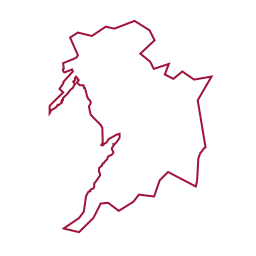 Zangiata, Tashkent, Uzbekistan (Robinson projection), rotated 184°
{"feature_id": "79887680B90536772878840", "entity_name": "Zangiata", "entity_type": "district", "adm_level": 2, "iso_a3": "UZB", "parent_name": "Uzbekistan", "parent_adm1": "Tashkent", "projection": "robinson", "projection_center": [69.123, 41.226], "detail": "fine", "context": "isolated", "style": "outline", "palette": "rose", "viewbox_px": 256, "rotation_deg": 184, "n_neighbors": 0, "source": "geoboundaries", "source_scale": "gbopen_adm2", "svg_char_len": 1922}
<svg xmlns="http://www.w3.org/2000/svg" viewBox="0 0 256 256"><g transform="rotate(184 128 128)"><path d="M174.7,164.9L173.9,164.9L172.6,161.7L171.1,156.9L169.8,154.5L167.9,152.8L167.1,151.4L166.9,150.2L168.1,147.6L168.5,146.6L166.2,138.7L164.0,136.6L155.3,129.0L154.7,128.0L153.6,126.3L152.2,111.7L153.4,109.2L152.2,108.8L150.4,110.8L148.6,111.9L146.5,115.6L138.8,120.6L136.0,121.6L135.7,117.7L138.0,113.7L140.4,110.6L141.4,110.9L141.2,109.4L142.5,107.2L142.7,105.9L141.0,103.1L140.9,102.2L142.2,100.3L145.1,98.7L145.9,98.2L146.6,95.3L149.0,92.7L149.9,91.0L151.1,90.5L151.2,88.9L153.9,86.3L154.0,82.5L152.8,80.5L152.6,78.7L156.9,71.4L157.7,70.9L157.8,68.6L157.5,67.0L158.4,65.2L160.5,64.3L161.4,63.4L161.2,62.2L163.0,61.8L165.1,57.0L166.0,44.8L166.3,41.4L170.5,34.8L185.1,23.3L184.5,23.1L169.6,20.7L156.2,35.9L150.0,50.7L142.7,52.0L131.4,44.7L117.4,54.9L112.5,62.3L97.2,61.5L92.7,78.1L85.0,86.9L56.3,74.4L55.9,77.0L55.4,80.9L55.7,102.6L54.3,107.6L50.6,113.2L49.3,114.1L60.4,160.5L48.3,185.1L65.5,180.9L77.7,188.2L86.2,180.2L95.0,184.0L91.7,194.8L106.4,188.8L110.5,195.7L120.9,203.0L107.6,217.4L113.3,227.0L129.0,235.3L148.4,226.2L157.3,227.5L170.4,217.3L184.7,219.7L192.1,214.2L183.1,197.2L183.9,195.3L185.2,194.2L187.4,192.9L192.1,190.7L197.3,188.1L196.4,184.0L196.2,182.7L196.9,182.2L196.9,180.7L195.7,179.1L194.9,179.1L188.3,182.3L187.9,182.5L186.9,180.4L187.7,179.7L195.7,169.4L195.6,168.1L199.1,162.2L195.1,159.0L206.7,145.9L207.7,144.2L207.2,137.3L206.5,138.6L206.1,140.6L204.4,141.3L203.3,142.0L202.0,143.1L200.8,144.2L200.1,144.9L199.9,146.2L198.5,146.2L197.0,147.7L195.6,148.8L195.6,149.4L196.3,150.0L195.9,151.2L194.8,151.3L195.0,152.9L194.1,154.3L192.9,155.5L190.0,159.1L188.0,162.2L185.9,164.0L184.8,166.7L183.7,168.1L185.4,169.6L185.8,170.6L184.7,171.2L183.9,172.5L184.5,174.0L183.4,175.6L180.5,172.3L182.1,169.9L179.1,167.3L175.3,167.5L174.7,164.9Z" fill="none" stroke="#9f1239" stroke-width="2"/></g></svg>